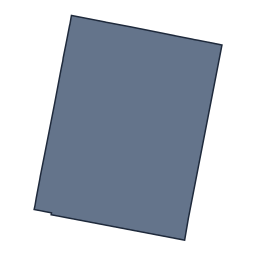 the district of Kimball, Nebraska, United States of America, rotated 101°
{"feature_id": "52423323B77257907363499", "entity_name": "Kimball", "entity_type": "district", "adm_level": 2, "iso_a3": "USA", "parent_name": "United States of America", "parent_adm1": "Nebraska", "projection": "mercator", "projection_center": [-103.821, 41.198], "detail": "fine", "context": "isolated", "style": "filled", "palette": "slate", "viewbox_px": 256, "rotation_deg": 101, "n_neighbors": 0, "source": "geoboundaries", "source_scale": "gbopen_adm2", "svg_char_len": 604}
<svg xmlns="http://www.w3.org/2000/svg" viewBox="0 0 256 256"><g transform="rotate(101 128 128)"><path d="M227.3,51.0L205.2,51.5L28.6,51.6L28.5,76.2L28.6,79.9L28.5,81.8L28.5,96.7L28.5,96.8L28.5,97.9L28.2,144.1L28.3,160.8L28.3,164.5L28.4,170.3L28.3,170.5L28.3,198.5L28.3,199.0L28.3,205.0L32.4,204.9L37.1,204.8L38.6,204.9L52.0,204.9L52.4,204.9L57.7,204.9L71.6,205.0L74.6,204.8L79.9,204.9L85.7,204.9L117.5,204.7L169.3,204.8L169.5,204.8L192.0,204.9L195.2,204.8L214.2,204.7L214.3,204.7L221.6,204.5L225.9,204.6L225.9,186.9L227.8,186.9L227.3,51.0Z" fill="#64748b" stroke="#1e293b" stroke-width="1.5"/></g></svg>